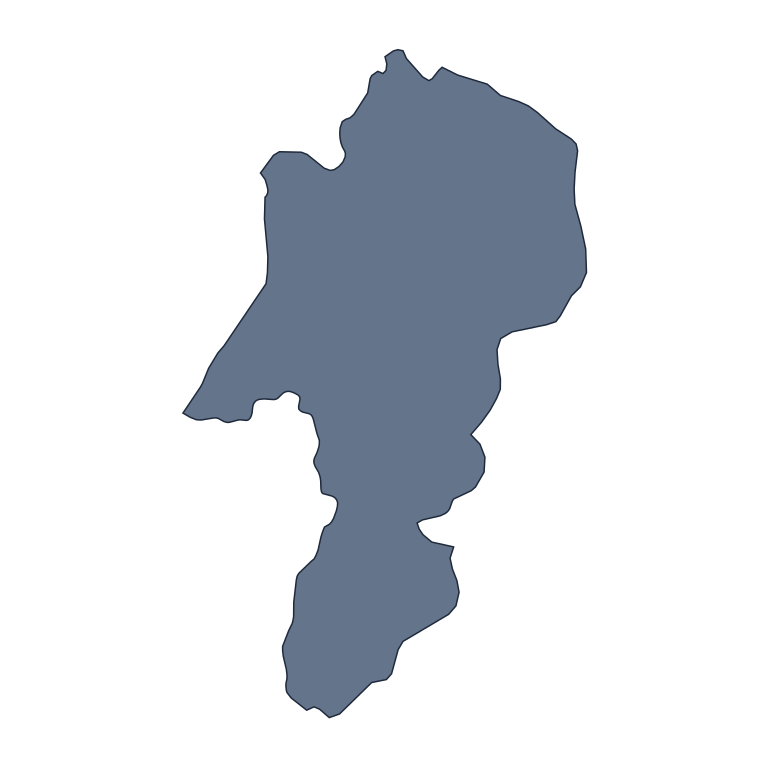 map outline of Brescia (orthographic projection), rotated 181°
{"feature_id": "ITA-5445", "entity_name": "Brescia", "entity_type": "Province", "adm_level": 1, "iso_a3": "ITA", "parent_name": "Italy", "parent_adm1": "", "projection": "orthographic", "projection_center": [10.383, 45.779], "detail": "fine", "context": "isolated", "style": "filled", "palette": "slate", "viewbox_px": 768, "rotation_deg": 181, "n_neighbors": 0, "source": "natural_earth", "source_scale": "10m", "svg_char_len": 3418}
<svg xmlns="http://www.w3.org/2000/svg" viewBox="0 0 768 768"><g transform="rotate(181 384 384)"><path d="M197.1,588.0L197.1,587.6L197.3,582.3L196.3,567.1L189.9,545.2L184.7,522.5L183.5,499.0L189.3,484.6L198.1,475.5L208.9,455.3L213.2,449.4L222.5,446.1L230.6,444.3L256.8,438.4L268.1,431.5L271.6,420.3L270.4,405.6L267.7,391.2L267.6,380.7L271.2,371.5L277.2,360.1L278.5,358.1L285.9,347.4L296.3,334.9L287.0,325.5L281.8,312.6L282.4,297.7L290.7,282.6L295.0,278.8L312.4,270.2L313.7,267.9L316.2,260.4L318.1,257.6L320.4,255.7L325.5,253.2L343.1,248.8L348.5,245.6L346.3,239.6L342.5,234.1L333.5,226.8L311.5,222.3L314.9,211.0L312.3,200.0L307.7,188.8L305.3,177.1L308.2,163.4L315.3,154.9L360.5,127.0L365.2,118.7L371.4,94.4L376.5,88.5L391.1,85.3L422.7,53.3L432.9,49.5L442.7,57.7L448.3,60.0L455.6,56.5L471.3,68.4L475.6,73.8L476.3,75.9L476.8,80.3L476.8,82.7L476.4,85.0L475.9,87.2L475.9,91.4L476.7,97.2L479.9,109.8L480.7,115.7L480.8,119.9L475.0,135.7L471.6,143.0L470.9,145.9L470.3,149.7L470.4,164.5L468.2,186.9L467.5,190.2L466.7,191.9L465.6,193.5L453.6,205.5L450.8,207.9L449.0,211.5L447.0,216.9L444.3,230.2L442.5,236.1L441.0,239.9L435.9,243.0L434.0,245.2L432.1,248.7L429.4,256.4L428.5,260.7L428.3,264.2L428.8,266.2L429.8,267.9L431.0,269.3L432.6,270.4L434.6,271.2L443.0,273.3L444.2,274.3L444.8,275.8L445.2,278.2L445.6,286.0L446.0,288.6L446.5,290.7L447.2,292.7L447.9,294.6L451.4,300.4L452.7,303.9L452.8,306.5L452.2,308.8L449.7,314.5L447.9,320.4L447.6,323.9L447.7,326.7L450.2,333.4L454.1,347.7L455.3,350.5L456.5,351.9L458.0,352.9L464.8,354.5L466.9,355.6L468.8,357.5L469.0,360.2L467.7,367.5L468.2,369.8L469.6,371.4L473.1,373.3L477.0,374.7L479.2,375.0L481.2,374.8L483.1,374.1L484.7,373.2L490.1,367.8L491.8,366.9L493.9,366.5L503.7,367.0L508.2,366.5L510.1,365.9L511.8,364.9L513.1,363.4L514.1,361.7L514.7,359.7L515.0,357.5L515.4,352.8L515.9,350.7L516.6,348.7L517.6,347.1L518.9,345.8L520.7,345.2L527.2,345.7L529.4,345.4L537.4,343.1L539.5,342.8L541.7,343.2L543.7,343.8L548.9,346.6L550.8,347.1L553.1,347.2L566.1,344.8L569.8,344.9L571.3,345.1L577.1,347.3L584.5,351.4L567.5,377.7L565.5,381.5L559.6,396.7L550.6,412.2L544.6,419.4L503.7,482.2L502.5,493.1L502.3,509.2L506.4,546.9L506.2,568.7L505.2,569.6L503.6,572.9L503.5,576.0L504.4,580.1L506.4,586.4L511.0,592.6L511.2,592.8L498.5,610.7L492.6,614.4L470.7,614.3L464.9,612.2L447.7,598.8L441.5,596.6L437.4,597.5L432.8,600.7L428.9,605.3L426.8,610.4L426.6,613.8L427.3,616.0L429.8,620.4L431.4,624.8L432.3,629.6L432.6,634.4L432.3,639.4L430.3,645.6L426.8,648.0L422.7,649.5L418.8,653.0L405.4,674.7L403.2,689.0L401.6,692.2L395.7,696.5L390.4,694.4L387.4,697.7L386.8,704.1L388.7,711.3L380.4,717.2L376.0,718.5L370.8,717.5L367.3,709.8L350.6,691.6L344.4,688.1L341.1,690.1L334.6,698.7L331.4,701.7L331.2,701.6L331.0,701.4L330.8,701.4L330.6,701.3L330.3,701.1L330.1,701.0L329.8,700.9L329.5,700.7L329.1,700.6L328.8,700.4L328.4,700.2L328.0,700.1L327.6,699.9L327.2,699.7L326.8,699.5L326.4,699.3L325.9,699.0L325.5,698.8L325.0,698.6L324.5,698.4L324.1,698.2L323.6,698.0L323.1,697.7L322.7,697.5L322.2,697.3L321.8,697.1L321.3,696.9L320.9,696.6L320.4,696.4L320.0,696.2L319.6,696.0L319.2,695.8L318.8,695.7L318.4,695.5L318.1,695.3L317.8,695.2L317.5,695.0L317.2,694.9L316.9,694.8L316.7,694.6L316.3,694.5L316.1,694.4L315.9,694.3L315.8,694.2L286.0,685.6L272.6,674.5L254.1,668.7L244.4,664.5L235.2,658.0L216.8,642.1L201.0,632.2L196.1,627.3L194.5,620.6L196.7,599.0L197.1,588.0Z" fill="#64748b" stroke="#1e293b" stroke-width="1.5"/></g></svg>